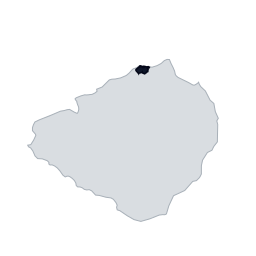 Centurión, Cerro Largo, Uruguay (highlighted), rotated 296°
{"feature_id": "84410073B80643779971885", "entity_name": "Centurión", "entity_type": "district", "adm_level": 2, "iso_a3": "URY", "parent_name": "Uruguay", "parent_adm1": "Cerro Largo", "projection": "orthographic", "projection_center": [-53.755, -32.187], "detail": "fine", "context": "in_parent", "style": "filled", "palette": "ink", "viewbox_px": 256, "rotation_deg": 296, "n_neighbors": 0, "source": "geoboundaries", "source_scale": "gbopen_adm2", "svg_char_len": 3926}
<svg xmlns="http://www.w3.org/2000/svg" viewBox="0 0 256 256"><g transform="rotate(296 128 128)"><path d="M200.1,171.4L198.7,172.7L197.1,175.2L195.2,181.3L189.0,189.6L187.7,194.4L181.0,199.3L176.3,204.9L173.3,204.7L170.5,207.1L154.7,214.4L149.0,213.2L144.8,213.2L140.8,210.1L131.8,209.1L126.2,210.5L118.8,214.1L116.5,214.1L114.8,214.0L110.7,212.6L108.4,209.6L96.7,206.4L87.1,198.6L76.0,198.8L67.6,200.2L66.2,199.1L65.3,197.1L63.4,194.2L55.8,187.3L49.7,180.5L48.3,173.6L48.8,166.0L50.1,156.9L49.7,154.2L51.7,152.5L53.9,152.1L55.8,149.7L57.5,146.1L57.7,143.4L56.1,138.5L54.8,131.7L53.5,128.3L55.6,122.9L55.6,120.2L54.2,118.0L53.7,115.6L54.2,113.2L54.0,110.8L53.0,108.6L53.6,106.7L55.7,105.2L57.3,102.8L58.3,99.8L58.7,97.4L58.7,95.8L58.0,94.3L56.5,93.0L57.1,90.1L59.5,85.8L61.1,82.0L61.7,78.7L61.6,76.0L60.6,74.1L60.9,72.7L62.5,71.9L63.2,69.8L62.7,64.5L60.9,60.2L62.1,56.7L65.6,52.6L67.4,49.3L67.5,46.8L68.6,45.4L70.4,47.9L75.7,48.5L80.9,48.4L81.8,47.7L83.7,43.3L86.4,42.0L89.4,41.6L92.6,41.7L96.2,44.5L106.2,53.6L113.5,59.9L115.7,63.0L117.7,65.2L119.1,67.3L118.7,72.9L118.8,75.4L119.1,76.1L120.8,76.1L123.2,75.6L125.2,74.4L126.8,72.6L128.3,71.1L129.5,70.3L130.0,69.1L130.7,67.9L131.4,67.6L132.8,68.5L136.2,71.6L138.8,74.5L139.5,76.2L140.5,77.9L141.6,79.5L142.4,80.9L144.9,82.9L147.4,84.1L149.1,82.8L153.5,86.8L163.0,90.1L164.8,92.1L166.4,95.0L169.8,99.4L174.4,103.4L178.0,105.0L181.6,106.0L183.5,106.8L184.9,108.3L187.0,110.0L188.4,110.6L188.9,112.1L190.3,115.3L191.7,119.3L193.3,123.1L196.7,126.7L200.5,129.5L204.5,131.1L206.8,133.1L207.7,135.2L205.0,138.2L202.1,142.0L199.5,145.0L196.8,147.1L196.0,148.5L195.4,150.8L195.4,162.7L195.1,167.1L195.3,168.2L195.7,169.0L197.4,170.2L199.3,171.2L200.1,171.4Z" fill="#d9dde1" stroke="#a8b0b8" stroke-width="1"/><path d="M192.0,120.5L192.0,120.4L192.0,120.2L191.9,120.2L191.7,120.1L191.6,119.9L191.8,119.8L191.9,119.7L192.0,119.4L192.0,119.2L191.8,119.1L191.7,119.1L191.6,118.9L191.6,118.7L191.4,118.5L191.3,118.4L191.2,118.2L191.0,117.9L191.0,117.7L190.9,117.4L190.9,117.2L191.0,117.2L191.0,116.9L190.9,116.8L190.8,116.7L190.7,116.5L190.7,116.4L190.5,116.2L190.5,115.9L190.4,115.9L190.2,115.9L190.2,116.0L190.1,115.9L190.0,115.7L189.9,115.7L190.0,115.6L190.2,115.4L189.9,115.3L189.8,115.1L189.9,114.9L189.7,114.9L189.6,114.7L189.7,114.4L189.8,114.2L189.7,114.1L189.4,114.0L189.2,114.0L189.3,113.9L189.5,113.8L189.5,113.7L189.4,113.5L189.4,113.4L189.2,113.2L189.1,112.9L188.9,112.7L189.0,112.7L189.1,112.4L189.1,112.2L189.2,112.3L189.3,112.3L189.5,112.2L189.4,112.0L189.3,111.9L189.2,111.9L188.9,111.9L188.9,111.7L188.9,111.4L188.7,111.4L188.4,111.4L188.2,111.4L188.2,111.2L187.9,111.1L187.7,111.1L187.4,111.0L187.2,111.1L186.9,110.9L186.8,110.7L186.7,110.7L186.4,110.7L186.2,110.5L186.2,110.4L185.8,110.3L185.5,110.3L185.2,110.0L185.1,109.9L184.8,109.9L184.5,109.6L184.0,109.5L183.9,109.6L183.6,109.8L183.2,109.9L183.1,110.2L182.7,110.7L182.7,111.0L182.6,111.3L182.2,112.0L182.2,112.3L182.1,112.6L181.8,112.9L181.9,113.3L181.8,113.5L181.7,113.7L181.6,113.8L181.8,113.8L182.0,113.8L182.1,113.7L182.3,113.7L182.4,113.8L182.6,114.1L182.6,114.5L183.6,115.5L183.7,115.8L183.8,116.1L183.9,116.4L184.0,116.5L184.1,116.4L184.3,116.3L184.5,116.3L184.4,116.4L184.2,116.7L183.8,117.2L183.9,117.7L184.0,117.8L184.0,118.0L183.9,118.1L184.0,118.4L184.0,118.5L183.9,118.8L183.9,119.0L184.0,119.3L184.5,119.3L185.1,119.7L185.3,119.8L185.3,120.0L185.5,120.1L185.8,120.1L186.0,120.0L186.3,120.0L186.5,120.0L186.6,120.3L186.8,120.5L186.9,120.8L187.1,121.0L187.4,120.9L187.5,120.9L187.8,121.0L187.9,120.9L187.8,120.6L187.8,120.4L188.0,120.3L188.5,120.5L188.8,120.6L189.0,120.6L189.0,120.4L189.2,120.2L189.3,120.2L189.5,120.3L190.0,120.0L190.2,119.7L190.2,119.3L190.3,119.3L190.3,119.2L190.5,119.2L190.5,119.3L190.8,119.5L190.7,119.7L190.7,119.8L190.8,120.0L191.0,120.0L191.1,120.3L191.2,120.5L191.3,120.6L191.5,120.5L191.5,120.4L192.0,120.5Z" fill="#0f172a" stroke="#020617" stroke-width="1.5"/></g></svg>